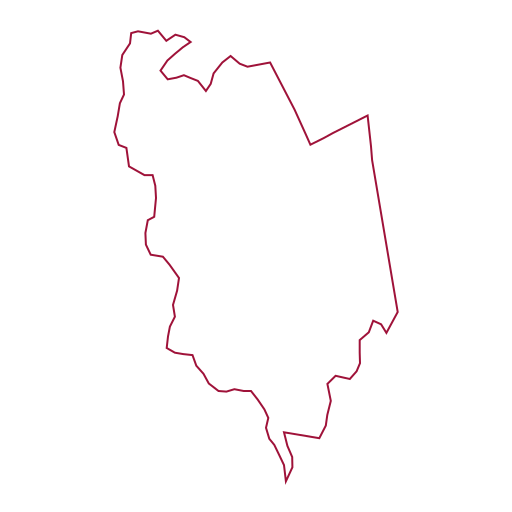 the district of Pacoti, Ceará, Brazil
{"feature_id": "56859067B59765033772406", "entity_name": "Pacoti", "entity_type": "district", "adm_level": 2, "iso_a3": "BRA", "parent_name": "Brazil", "parent_adm1": "Ceará", "projection": "equal_earth", "projection_center": [-38.914, -4.206], "detail": "fine", "context": "isolated", "style": "outline", "palette": "rose", "viewbox_px": 512, "rotation_deg": 0, "n_neighbors": 0, "source": "geoboundaries", "source_scale": "gbopen_adm2", "svg_char_len": 1333}
<svg xmlns="http://www.w3.org/2000/svg" viewBox="0 0 512 512"><path d="M386.4,332.9L397.7,312.0L372.1,160.1L371.0,146.3L367.6,115.5L333.0,133.0L323.5,138.2L310.4,144.7L305.9,134.6L294.6,109.7L270.1,62.5L247.5,66.7L239.7,63.7L230.6,56.0L222.3,62.5L213.6,73.4L210.7,83.9L205.9,91.0L197.9,80.9L190.3,77.9L183.9,75.2L176.4,77.7L167.7,79.3L160.5,70.6L167.4,60.5L175.2,53.6L182.8,47.3L190.6,42.0L184.3,37.2L175.4,34.7L166.3,40.8L157.9,30.7L150.9,33.7L138.0,31.3L131.2,33.1L130.0,43.4L122.3,55.0L120.4,67.7L123.0,81.3L124.0,94.5L119.9,103.2L117.7,116.3L114.3,132.1L118.7,144.9L126.4,147.9L129.0,166.4L144.4,175.1L152.6,175.1L155.3,185.8L156.0,198.0L154.2,216.8L147.8,220.2L145.4,233.0L145.9,244.6L150.7,254.7L162.9,256.7L169.6,264.8L179.0,278.0L177.1,290.7L173.0,304.9L174.9,316.7L169.9,326.6L168.0,336.5L166.7,348.0L174.9,352.7L183.3,354.1L192.5,355.1L196.3,365.7L203.5,373.8L208.8,383.5L218.5,391.0L226.4,391.6L234.4,389.2L243.7,391.0L251.0,391.0L257.8,399.7L264.4,409.4L268.3,417.9L266.0,427.8L269.3,438.8L274.3,444.9L279.2,455.0L284.0,465.1L285.9,481.3L292.4,467.3L292.2,457.0L287.4,445.9L284.0,432.3L319.3,438.2L325.8,425.6L327.3,414.9L330.8,400.9L327.4,383.9L335.6,375.8L349.8,379.0L356.6,371.3L360.0,363.2L359.7,352.7L359.7,340.1L368.8,332.3L373.2,320.7L381.1,324.3L386.4,332.9Z" fill="none" stroke="#9f1239" stroke-width="2"/></svg>